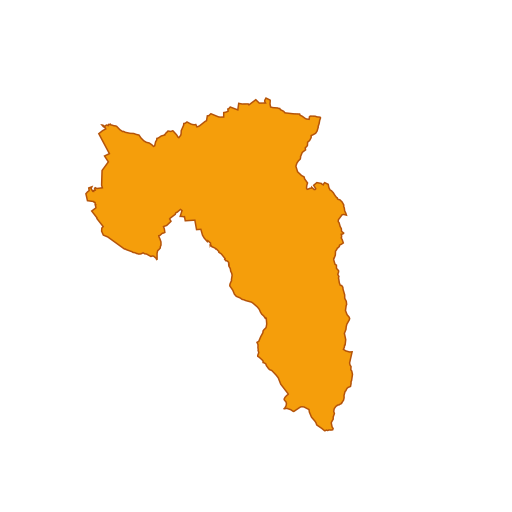 outline of Hunedoara, Hunedoara, Romania, rotated 241°
{"feature_id": "2599482B17115998524758", "entity_name": "Hunedoara", "entity_type": "district", "adm_level": 2, "iso_a3": "ROU", "parent_name": "Romania", "parent_adm1": "Hunedoara", "projection": "equal_earth", "projection_center": [22.876, 45.766], "detail": "fine", "context": "isolated", "style": "filled", "palette": "amber", "viewbox_px": 512, "rotation_deg": 241, "n_neighbors": 0, "source": "geoboundaries", "source_scale": "gbopen_adm2", "svg_char_len": 6093}
<svg xmlns="http://www.w3.org/2000/svg" viewBox="0 0 512 512"><g transform="rotate(241 256 256)"><path d="M345.5,379.4L346.4,379.3L348.1,376.8L349.6,375.5L352.0,371.4L352.0,370.4L349.8,368.7L351.3,366.6L352.5,365.7L355.8,364.2L357.8,362.8L359.0,363.0L362.0,358.0L367.1,350.8L369.2,350.3L372.2,348.3L373.5,348.3L374.3,347.1L374.9,346.8L377.6,342.7L379.2,341.0L382.3,342.0L385.0,343.8L385.6,343.9L389.3,341.3L387.9,339.1L387.1,338.6L385.2,338.5L388.1,333.0L392.8,331.6L391.6,323.1L392.8,322.9L395.7,317.5L397.9,314.9L392.6,310.9L398.8,305.7L398.0,303.5L398.2,302.6L396.2,301.9L396.3,299.8L397.1,297.3L393.2,295.1L394.7,292.2L395.8,290.7L402.3,285.5L401.6,282.7L402.2,281.4L398.3,278.3L398.4,276.9L397.2,269.7L397.3,268.0L397.6,266.9L400.2,267.1L400.6,265.8L401.6,264.4L402.9,263.1L406.7,260.6L406.4,258.4L406.9,257.1L405.4,256.0L401.9,251.4L399.3,249.8L398.1,248.7L396.9,245.9L397.8,245.4L400.5,245.3L405.6,244.1L405.9,243.9L406.2,241.9L408.0,239.6L407.4,238.1L407.5,237.5L406.8,236.3L406.4,234.7L406.1,234.7L406.9,231.3L406.6,228.2L406.7,226.9L406.9,226.3L405.6,225.4L404.6,223.6L401.5,220.8L401.5,219.5L403.8,218.8L406.6,217.4L408.6,215.2L411.2,213.7L415.1,212.6L418.5,212.3L420.6,210.0L422.4,208.5L424.3,205.4L427.6,201.6L429.2,200.6L429.5,199.7L432.4,198.2L436.9,197.0L437.7,196.4L438.9,194.8L440.4,193.4L440.8,192.7L442.0,192.5L442.0,191.5L442.5,191.0L441.7,189.9L442.9,189.1L443.0,187.9L442.7,186.8L443.9,185.7L444.6,185.6L445.2,184.8L443.2,185.2L441.1,186.3L440.0,186.2L440.0,182.5L439.2,177.8L416.6,177.4L416.9,172.0L409.9,172.5L405.4,162.8L392.8,155.3L390.1,154.7L392.2,149.5L393.7,148.5L393.4,147.6L391.5,147.3L392.1,145.6L391.2,145.3L391.6,144.6L394.9,144.4L396.1,146.0L396.6,142.7L394.1,141.8L393.8,139.8L392.9,137.4L386.1,135.4L382.3,140.5L381.5,140.4L380.8,141.2L378.9,140.3L378.2,141.3L378.7,140.2L376.2,139.6L375.7,139.2L375.0,134.1L366.4,135.4L365.9,135.0L355.8,136.6L355.2,134.7L352.6,133.0L348.3,132.6L344.5,135.6L325.9,144.3L325.4,145.2L324.6,145.5L319.9,149.6L318.8,150.1L317.4,151.9L315.9,152.9L315.8,153.2L314.6,154.3L313.9,155.7L313.6,156.5L313.5,158.8L311.9,159.7L310.8,161.2L306.5,163.9L306.5,164.5L306.1,165.6L305.5,166.4L302.5,167.5L301.1,167.4L301.1,167.9L306.2,170.7L308.4,172.6L308.6,173.9L309.4,176.1L310.5,176.8L311.6,178.2L314.4,179.7L317.9,180.3L319.7,180.4L320.9,180.8L320.6,181.8L321.3,185.1L320.9,186.3L320.8,187.7L324.0,188.9L326.6,189.4L326.0,192.7L327.4,198.0L327.6,198.5L330.3,198.4L330.7,199.4L331.6,205.6L332.5,206.5L332.7,207.2L332.5,208.2L333.4,212.5L331.6,213.3L327.4,208.9L326.3,210.7L325.3,211.8L325.1,212.5L321.1,211.2L317.0,219.9L307.9,216.8L306.1,220.7L300.1,219.3L296.7,219.4L292.2,220.4L292.8,221.2L289.4,222.5L288.5,222.0L287.9,221.1L287.4,221.3L287.9,222.2L287.2,221.5L287.4,222.3L286.9,221.6L285.6,221.9L285.3,222.1L285.6,222.8L285.1,222.2L283.0,223.9L281.6,224.2L281.5,224.7L277.9,225.7L277.3,225.3L274.6,226.7L268.6,227.7L268.3,227.0L267.7,227.1L266.3,227.4L266.1,228.1L265.9,228.2L264.5,228.8L263.1,228.9L261.5,228.2L261.8,228.0L260.4,227.4L257.4,227.4L255.0,226.5L252.8,226.4L250.8,225.8L247.0,222.9L246.2,222.6L245.4,221.3L244.0,219.6L242.6,218.6L237.3,219.1L233.1,218.6L230.3,219.2L227.0,221.8L224.8,222.8L223.2,224.6L222.4,225.0L217.8,229.7L216.2,230.5L210.7,232.5L207.6,233.0L204.9,232.7L202.4,232.8L199.7,233.7L197.1,233.9L197.3,234.6L196.6,234.8L191.3,232.4L188.7,230.3L188.4,229.8L187.7,227.3L187.0,225.8L185.6,224.9L183.2,221.1L180.0,217.0L180.0,215.0L177.5,214.8L174.6,213.1L173.4,212.8L172.6,212.1L170.2,211.6L168.2,209.3L167.4,208.9L165.9,209.7L161.4,211.2L160.5,211.2L159.4,210.5L158.5,211.4L157.0,212.2L156.2,212.2L155.2,211.9L151.3,212.4L150.0,212.8L148.2,214.3L142.4,215.8L138.7,216.4L131.9,215.5L119.9,217.3L119.4,217.1L119.1,215.1L118.3,212.8L117.2,211.2L116.4,211.0L113.7,211.5L112.2,211.1L110.5,209.8L109.0,207.4L108.9,206.0L107.8,209.1L104.7,211.9L102.1,213.2L101.7,213.7L102.4,221.7L101.9,223.1L100.7,224.8L96.0,227.9L93.6,227.0L88.2,226.4L82.8,227.5L81.1,227.6L78.8,227.2L73.4,229.9L70.1,231.2L69.7,231.5L69.6,233.2L68.6,234.1L68.5,235.4L67.3,237.4L66.8,238.8L67.7,239.8L69.7,239.7L73.5,240.9L74.1,241.5L75.9,244.4L77.8,245.5L80.2,248.2L82.3,248.6L83.9,249.8L84.7,250.7L85.8,253.1L85.8,254.3L86.1,254.8L85.5,256.6L85.7,256.9L85.5,258.9L86.1,259.7L85.9,260.0L86.5,260.7L87.4,262.6L89.3,264.3L91.4,265.4L94.4,268.3L94.5,269.1L96.0,271.2L96.4,272.8L96.1,275.4L98.2,277.2L100.1,278.3L100.7,279.2L105.7,283.0L109.0,284.0L110.6,283.8L113.2,285.5L115.2,285.4L117.1,286.0L125.6,293.6L126.7,291.3L127.9,290.1L129.6,288.4L132.0,287.2L133.3,289.0L135.0,290.2L134.8,290.5L135.1,290.9L139.3,293.9L145.5,295.8L148.2,299.1L150.4,300.6L152.3,302.4L154.9,306.6L155.9,307.6L157.6,307.8L160.5,307.2L164.9,307.8L168.9,310.8L169.7,311.8L172.6,313.0L176.0,313.1L179.0,314.7L184.7,316.0L186.6,316.8L188.7,316.6L189.3,315.7L189.7,315.5L192.2,315.9L196.0,317.3L196.7,317.4L197.9,318.6L200.3,318.6L202.1,320.6L203.2,321.1L206.2,320.4L209.0,321.9L210.5,321.1L215.0,322.1L216.3,322.9L216.2,323.3L218.3,325.8L221.7,327.9L222.4,329.5L223.5,331.1L223.4,331.6L223.9,333.5L225.0,334.3L224.9,336.4L225.1,338.7L228.4,339.3L230.6,339.3L230.9,339.9L232.0,340.6L233.7,341.1L233.2,342.5L233.5,343.4L233.0,344.0L236.1,342.8L238.6,343.9L241.0,343.9L244.8,344.8L246.3,344.6L247.8,345.7L250.3,351.2L249.9,352.8L247.9,354.9L249.9,355.3L252.4,355.4L255.2,356.5L256.8,356.7L258.1,357.5L261.5,357.5L264.5,356.6L265.6,355.4L266.4,355.0L267.4,355.3L268.2,354.8L270.9,354.4L273.8,354.3L276.6,353.6L277.7,352.8L280.5,352.9L283.7,353.9L286.9,351.6L286.2,350.0L285.6,349.4L286.8,348.5L287.7,348.4L290.7,344.8L289.9,340.7L286.0,340.9L285.7,340.7L285.5,339.9L285.9,339.1L288.9,338.1L288.5,337.9L288.4,337.6L289.1,336.0L289.2,333.9L289.5,333.1L290.9,333.1L293.1,334.6L294.9,336.5L299.8,335.9L301.9,336.4L304.2,334.9L309.5,333.2L315.2,334.4L317.4,336.8L318.6,339.1L319.3,341.6L320.3,342.6L321.2,343.0L324.2,346.7L324.8,350.8L326.7,351.5L327.3,353.7L327.8,354.6L330.5,356.3L331.0,358.8L332.8,361.6L334.6,362.7L334.4,364.4L334.4,367.6L335.6,369.9L338.4,372.8L339.2,373.2L341.2,375.4L343.8,377.5L345.5,379.4Z" fill="#f59e0b" stroke="#b45309" stroke-width="1.5"/></g></svg>